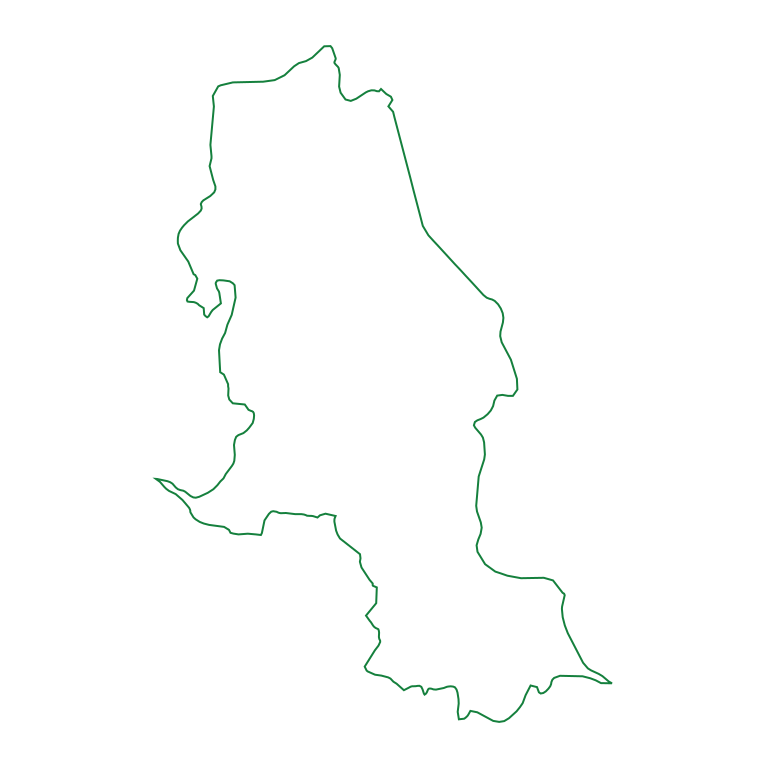 the border of Norte de Santander
{"feature_id": "COL-1421", "entity_name": "Norte de Santander", "entity_type": "Department", "adm_level": 1, "iso_a3": "COL", "parent_name": "Colombia", "parent_adm1": "", "projection": "orthographic", "projection_center": [-72.935, 8.085], "detail": "fine", "context": "isolated", "style": "outline", "palette": "green", "viewbox_px": 768, "rotation_deg": 0, "n_neighbors": 0, "source": "natural_earth", "source_scale": "10m", "svg_char_len": 4747}
<svg xmlns="http://www.w3.org/2000/svg" viewBox="0 0 768 768"><path d="M330.5,46.1L332.2,48.2L335.7,58.3L335.6,59.3L334.5,61.8L334.4,62.8L335.4,64.2L338.0,66.9L338.7,68.1L339.8,74.9L339.1,86.6L340.6,92.7L345.5,99.5L350.8,100.9L356.3,98.7L365.8,92.4L368.0,91.3L371.4,90.3L374.5,90.4L376.9,91.2L379.0,91.3L381.0,89.0L386.3,94.0L390.9,96.7L392.4,100.0L388.4,106.4L393.1,111.8L394.4,117.1L397.6,129.3L400.8,141.5L404.0,153.7L407.2,165.9L410.4,178.1L413.5,190.3L416.7,202.5L419.9,214.7L422.8,225.9L428.4,235.3L433.4,240.8L438.9,246.7L444.3,252.6L449.7,258.5L455.1,264.4L460.6,270.2L466.0,276.1L471.5,282.0L476.9,287.9L483.4,295.0L486.7,297.7L489.5,298.8L492.1,299.5L494.7,300.9L494.8,301.0L498.1,304.3L500.8,308.5L502.7,313.2L503.4,317.9L502.9,322.5L500.5,331.6L500.2,336.1L501.7,342.3L510.9,359.7L516.9,378.8L517.4,389.5L512.9,395.9L508.2,395.9L502.4,394.9L497.2,395.6L494.4,400.6L493.1,406.1L490.8,410.5L487.6,414.2L483.5,417.6L480.5,419.1L477.4,420.3L474.9,422.0L473.9,425.3L475.2,427.7L481.0,434.5L482.9,437.6L484.1,442.4L484.9,454.5L484.2,459.4L478.7,476.5L476.2,505.8L477.0,511.5L480.8,522.4L481.7,527.7L480.6,533.9L478.3,539.5L476.6,545.3L477.5,551.8L485.1,564.2L495.3,571.6L500.5,573.3L507.4,575.7L521.0,578.2L543.8,577.8L553.0,580.4L562.6,592.8L564.1,593.7L564.7,595.2L562.1,606.5L561.9,608.9L562.7,617.2L564.8,625.4L567.8,633.2L583.1,662.8L587.9,668.4L591.1,670.4L598.7,673.9L602.4,676.1L608.9,681.6L612.0,683.3L601.0,683.1L595.7,680.3L590.4,678.3L582.6,676.3L560.0,675.8L554.2,677.9L552.4,679.7L551.4,682.1L551.1,684.1L550.2,686.3L548.4,688.7L545.9,691.3L543.3,693.0L540.7,693.5L538.9,692.3L537.0,687.1L530.6,685.5L525.6,695.2L522.7,703.1L519.9,707.2L516.6,711.3L509.0,718.2L504.2,721.1L499.2,721.9L493.2,720.9L477.3,712.3L470.4,710.9L468.3,714.7L467.4,716.0L465.6,717.7L464.2,718.7L458.9,719.3L457.7,711.9L458.7,703.6L458.5,699.1L457.5,692.6L456.5,689.5L454.9,687.3L453.2,686.6L450.7,686.3L448.6,686.5L446.9,686.8L443.8,688.0L436.0,689.6L433.5,689.4L431.4,688.7L429.9,688.5L428.6,688.8L427.9,689.8L426.8,692.4L425.9,693.7L424.6,694.6L423.9,693.6L422.6,689.5L421.3,686.8L419.4,685.8L417.5,685.9L415.6,686.2L412.0,686.3L410.6,686.7L408.6,687.8L403.9,690.2L396.6,683.7L393.4,681.7L390.5,678.6L388.2,677.4L381.4,675.6L375.0,674.7L367.6,671.4L366.6,670.5L364.7,666.6L374.9,650.3L378.5,645.6L380.2,641.9L380.1,640.5L379.3,639.0L378.9,637.0L379.1,632.6L378.8,630.6L378.3,629.2L375.5,627.9L373.9,626.6L372.9,625.3L371.0,622.3L369.8,620.9L366.0,615.6L376.2,603.2L376.8,587.4L373.0,585.8L372.7,585.3L372.7,583.5L369.6,579.9L361.5,567.5L359.9,561.8L360.5,558.3L360.0,554.2L340.0,538.5L337.6,534.5L336.1,530.6L334.4,521.7L334.4,519.8L334.6,518.5L335.6,516.0L325.5,513.7L320.0,515.3L317.5,517.5L313.0,516.1L311.4,515.9L307.9,515.8L306.7,515.6L305.8,515.1L303.9,514.5L301.1,514.1L294.9,514.1L285.9,513.0L280.8,513.2L279.1,512.9L277.6,512.3L276.7,511.8L273.2,511.2L271.2,511.7L268.9,513.9L264.5,520.4L261.9,533.0L260.9,535.0L255.8,534.4L247.8,533.7L238.5,534.4L233.4,533.6L230.5,532.8L229.0,529.9L224.1,526.9L209.1,524.9L203.7,523.5L199.7,521.9L195.6,519.3L193.5,517.4L190.7,512.8L190.3,511.9L190.3,510.8L190.0,509.6L189.1,507.8L182.5,500.0L175.7,494.1L169.0,490.9L166.2,488.8L164.3,486.9L160.0,481.9L155.9,478.9L157.2,479.0L167.5,481.2L170.2,482.2L172.5,483.7L175.7,487.4L177.9,489.2L180.4,490.1L183.3,490.7L185.2,491.7L190.5,496.0L193.3,497.4L195.8,497.7L199.2,496.8L207.8,492.8L213.4,489.2L217.4,485.2L220.3,481.5L223.5,478.4L225.8,474.0L232.0,465.8L233.4,463.5L234.3,460.8L234.8,454.9L234.0,445.0L234.9,440.0L236.2,436.8L238.4,435.1L243.4,433.1L246.8,430.4L249.2,427.7L252.7,423.0L253.8,418.9L254.1,415.4L253.8,413.2L253.1,411.9L252.0,411.2L251.0,410.9L248.5,409.8L244.8,404.5L232.8,403.3L229.3,399.5L228.2,395.5L228.5,388.5L228.1,386.2L228.1,384.2L223.9,374.6L220.2,372.2L219.0,350.2L220.0,344.3L222.1,338.6L225.1,333.0L227.4,324.7L231.7,314.9L235.6,297.6L234.6,285.2L232.9,283.3L229.7,281.3L223.5,280.4L219.5,280.2L217.2,280.6L215.9,282.5L215.7,283.7L217.0,288.4L218.9,291.5L219.3,292.9L220.9,303.4L212.7,310.0L211.1,312.1L208.6,316.3L207.2,317.3L205.5,316.1L204.2,314.6L203.7,308.1L199.2,305.3L197.7,303.8L195.7,302.7L193.8,302.1L189.2,301.8L187.5,301.5L186.9,300.1L187.3,298.1L194.0,290.6L197.3,278.7L195.3,275.1L193.6,274.2L188.3,261.6L180.4,250.3L177.9,243.6L177.8,240.9L177.9,237.8L178.6,233.9L180.0,230.7L182.1,227.6L184.1,225.2L187.9,221.4L198.1,213.5L200.8,210.6L201.6,208.6L201.5,206.7L200.8,204.1L201.7,202.1L203.3,200.4L210.3,196.0L214.2,192.3L215.4,189.4L215.4,186.4L213.2,180.0L209.6,166.1L211.5,158.3L211.5,156.2L210.4,144.9L213.9,106.5L212.8,96.0L218.2,86.4L220.7,85.3L232.9,82.4L263.2,81.7L274.7,80.1L284.6,75.2L294.1,66.3L298.9,63.1L306.0,61.1L312.3,57.6L324.2,46.3L330.5,46.1Z" fill="none" stroke="#15803d" stroke-width="2"/></svg>